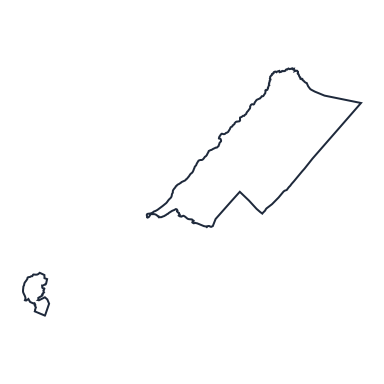 the district of Ásahreppur, Suðurland, Iceland
{"feature_id": "244011B31453435550318", "entity_name": "Ásahreppur", "entity_type": "district", "adm_level": 2, "iso_a3": "ISL", "parent_name": "Iceland", "parent_adm1": "Suðurland", "projection": "albers", "projection_center": [-19.181, 64.281], "detail": "fine", "context": "isolated", "style": "outline", "palette": "slate", "viewbox_px": 384, "rotation_deg": 0, "n_neighbors": 0, "source": "geoboundaries", "source_scale": "gbopen_adm2", "svg_char_len": 5749}
<svg xmlns="http://www.w3.org/2000/svg" viewBox="0 0 384 384"><path d="M273.5,72.6L273.6,73.2L273.4,73.4L273.1,73.7L272.6,73.7L272.0,74.0L271.7,74.7L271.8,75.2L271.0,75.8L270.2,76.7L270.1,78.1L269.9,78.5L270.5,79.3L270.5,79.7L269.9,80.1L269.7,80.5L269.8,81.3L269.7,81.7L269.2,82.3L269.3,83.1L268.9,83.8L268.9,84.5L269.3,85.2L268.7,85.8L268.4,86.5L268.3,87.1L267.9,87.6L268.0,88.5L267.5,89.2L267.4,89.7L267.0,90.0L266.0,89.9L265.5,90.3L265.4,90.4L265.6,91.3L265.6,91.6L265.3,92.1L265.3,92.9L265.2,93.3L264.4,94.3L263.9,95.1L263.3,96.0L262.9,96.2L261.7,96.3L261.3,97.1L260.4,97.8L260.2,98.3L257.0,99.7L256.4,100.2L256.1,100.5L255.7,101.2L254.7,102.5L254.3,103.8L253.9,104.3L253.5,104.5L252.2,104.2L251.6,104.4L250.9,105.0L250.4,105.9L250.1,106.6L250.2,107.4L249.9,108.6L249.2,109.3L248.2,110.8L247.2,111.8L246.7,112.7L246.4,113.1L246.3,113.7L245.7,114.4L244.8,114.9L244.2,115.8L243.1,115.8L241.5,117.0L240.1,117.5L240.0,117.8L240.0,119.4L240.1,120.2L239.7,121.0L239.0,121.4L238.2,121.4L237.5,121.6L236.6,121.6L235.8,122.0L234.6,123.3L234.4,124.1L234.1,124.4L232.7,125.4L232.3,126.4L231.1,127.0L230.6,127.4L230.0,128.7L229.8,129.3L228.8,130.7L228.4,131.6L228.0,132.0L226.9,132.7L226.1,132.9L224.9,133.9L224.3,134.1L223.3,134.1L221.9,133.7L221.0,134.3L220.5,135.0L220.3,135.5L219.4,136.6L219.1,137.6L218.9,138.2L218.9,138.4L219.1,138.6L220.0,138.6L220.4,138.8L220.8,139.5L221.1,140.7L221.0,141.3L219.6,142.9L219.4,143.3L219.2,144.4L218.7,145.3L218.7,145.8L218.5,146.1L216.8,147.6L215.5,147.7L215.1,148.0L213.1,148.9L211.5,149.9L210.6,150.1L208.8,151.0L208.6,151.3L208.3,152.3L207.6,153.4L206.8,155.1L205.9,156.2L204.9,156.8L203.4,158.9L202.5,159.7L201.6,160.0L200.3,160.0L198.6,160.6L198.2,161.2L196.7,163.7L196.4,164.6L196.1,165.3L194.8,166.7L194.5,167.7L193.8,169.3L193.4,170.5L192.7,171.9L192.0,172.8L190.7,173.8L190.1,174.5L189.1,176.1L186.8,178.9L186.2,179.2L185.9,179.7L185.0,180.5L181.5,182.1L180.5,183.1L179.8,183.4L179.0,184.0L177.9,184.5L177.0,185.2L176.6,185.8L175.8,186.3L175.5,186.9L175.4,187.3L174.3,188.5L173.3,189.9L172.9,190.8L172.8,191.9L172.8,192.7L172.2,193.6L171.9,194.4L171.7,195.9L171.2,197.2L170.4,198.2L169.4,199.1L168.5,200.1L166.9,202.3L166.2,203.1L162.5,206.1L157.4,209.9L155.6,210.9L153.8,211.6L152.6,212.6L151.3,213.2L150.2,213.5L147.9,213.8L147.3,214.0L147.0,214.4L146.8,214.8L146.8,215.2L147.1,216.7L147.1,217.8L147.0,218.2L147.2,217.9L148.8,217.0L149.3,216.4L150.5,214.4L151.5,214.1L154.1,214.1L155.0,214.3L155.8,214.6L157.0,215.4L157.6,216.0L158.6,216.3L158.7,216.5L158.6,217.0L158.8,217.3L161.6,217.1L162.3,216.7L164.3,216.0L165.0,215.5L165.7,215.2L166.7,214.4L168.1,213.7L168.6,213.1L172.2,210.8L174.5,209.9L175.7,209.1L176.0,209.1L176.8,209.4L177.5,210.5L177.5,210.9L177.0,211.2L177.0,211.4L177.5,211.7L177.8,212.4L178.9,212.8L179.0,213.0L179.0,213.4L179.0,213.5L179.8,214.6L179.8,214.8L179.6,215.0L179.0,215.0L178.7,215.6L179.7,216.3L180.2,216.4L181.2,216.3L181.3,216.6L181.6,216.6L182.0,216.3L182.6,216.1L183.1,215.8L183.6,215.8L185.0,216.6L187.4,218.6L188.2,219.0L189.1,219.2L191.6,219.4L192.2,219.6L192.6,220.3L193.4,220.5L193.7,220.8L193.6,221.0L192.7,221.5L192.3,222.3L192.6,222.7L193.9,223.3L195.0,222.8L195.9,223.1L197.1,223.3L203.9,226.1L206.0,226.5L206.8,227.1L207.1,226.8L207.0,226.6L207.2,226.2L207.9,226.2L208.4,226.0L209.5,226.1L210.3,226.7L211.1,226.8L211.2,226.6L212.0,226.5L212.8,226.1L215.6,219.0L231.7,200.8L239.8,191.8L249.0,200.6L256.6,208.9L260.3,212.1L262.3,213.6L262.9,212.8L265.2,210.5L265.7,209.4L266.5,208.4L272.0,204.2L278.6,197.5L283.6,191.5L284.7,190.7L286.7,190.0L288.8,187.2L290.2,185.8L291.6,183.9L293.9,181.3L302.1,171.4L304.5,168.7L312.5,158.6L340.0,127.1L361.0,103.0L324.5,95.6L314.8,91.6L311.2,89.7L310.1,88.9L308.1,86.2L306.7,83.0L305.7,82.7L304.5,81.8L303.5,80.6L302.9,80.4L302.4,79.8L302.4,79.7L302.5,79.2L302.1,78.8L301.6,78.7L300.9,79.0L300.4,78.8L300.2,77.4L299.9,77.3L299.8,76.9L299.3,76.5L299.2,75.9L299.0,75.5L299.0,75.2L298.7,74.8L298.6,74.3L298.3,74.0L297.9,73.9L297.7,73.6L297.7,73.4L298.0,72.7L298.0,72.2L298.0,71.8L297.5,71.5L297.3,70.9L297.2,70.8L296.0,70.7L294.9,71.1L295.1,70.7L294.8,70.3L294.3,70.3L293.8,69.7L293.8,69.3L293.9,68.9L292.7,69.3L292.5,69.2L292.6,68.7L292.5,68.4L292.0,68.6L291.4,68.5L290.9,68.9L289.5,69.1L288.5,68.5L288.1,68.7L287.4,69.5L286.5,69.3L285.9,69.7L285.7,70.1L285.5,70.6L285.3,70.8L284.8,70.8L284.3,71.1L283.2,71.1L282.9,70.9L282.5,71.1L281.9,71.1L281.7,71.2L281.6,71.6L281.3,71.8L279.6,72.2L279.4,71.8L279.4,71.1L279.3,70.9L277.1,71.6L276.5,72.2L276.1,71.9L275.7,71.9L275.4,71.6L275.1,71.6L273.9,72.1L273.5,72.6ZM24.9,300.2L25.2,300.4L25.6,300.3L26.1,300.5L26.5,300.4L27.2,299.7L27.7,299.6L28.4,299.0L30.0,301.8L30.2,302.0L33.5,303.5L34.2,303.1L34.7,303.4L34.7,303.6L34.8,303.8L34.7,303.9L34.8,304.1L34.7,304.2L34.9,304.5L34.7,304.7L34.7,305.1L35.3,305.3L35.1,305.9L35.2,306.3L35.3,306.6L35.5,307.0L35.9,307.3L35.0,310.0L35.1,310.5L34.8,311.4L44.9,315.6L45.1,315.3L49.1,303.7L47.3,299.4L44.9,297.3L38.9,300.3L38.1,300.1L38.4,299.9L38.3,297.9L42.4,295.5L42.4,295.3L42.3,295.1L42.4,294.9L42.2,294.6L42.3,294.5L42.3,294.2L42.9,293.9L43.1,293.6L43.0,293.4L43.1,293.1L43.3,292.8L43.8,292.5L43.6,292.3L43.5,292.0L43.8,291.0L43.5,290.6L43.7,290.4L43.8,289.8L44.3,288.9L44.4,288.7L44.2,288.4L43.2,288.4L42.3,287.7L42.1,285.5L43.0,285.5L44.9,284.5L45.1,284.5L45.2,284.4L45.5,284.5L45.7,284.2L45.7,283.8L46.1,283.6L47.1,279.1L44.5,278.2L44.4,275.0L39.7,272.8L38.5,273.9L37.4,274.5L36.0,274.7L33.5,274.5L33.1,274.7L32.4,276.0L32.2,276.2L31.3,276.2L30.1,276.9L28.4,277.2L27.7,277.5L27.4,278.2L27.4,278.8L26.3,280.5L24.7,282.6L24.2,284.1L24.1,285.1L23.4,286.5L23.3,287.1L23.3,287.9L23.1,289.2L23.0,291.2L23.2,292.4L23.8,293.8L24.7,295.6L25.2,296.9L25.4,297.6L25.4,298.6L25.3,299.4L24.9,300.2Z" fill="none" stroke="#1e293b" stroke-width="2"/></svg>